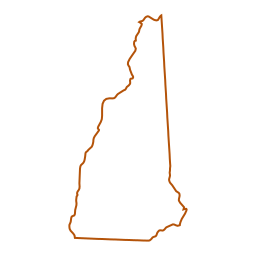 outline of New Hampshire
{"feature_id": "USA-3538", "entity_name": "New Hampshire", "entity_type": "State", "adm_level": 1, "iso_a3": "USA", "parent_name": "United States of America", "parent_adm1": "", "projection": "orthographic", "projection_center": [-71.585, 44.003], "detail": "fine", "context": "isolated", "style": "outline", "palette": "amber", "viewbox_px": 256, "rotation_deg": 0, "n_neighbors": 0, "source": "natural_earth", "source_scale": "10m", "svg_char_len": 3085}
<svg xmlns="http://www.w3.org/2000/svg" viewBox="0 0 256 256"><path d="M135.8,40.6L135.7,38.6L135.9,37.2L136.3,36.0L138.8,32.2L139.1,31.2L139.4,29.6L139.7,28.7L141.4,25.7L141.8,24.0L140.8,23.0L139.2,22.1L139.9,21.6L142.5,20.9L143.4,20.1L145.1,17.7L146.2,16.8L147.6,16.3L148.7,16.5L153.8,19.7L155.3,20.2L156.8,20.4L158.0,19.9L159.8,16.9L160.8,15.7L161.3,15.4L161.6,20.0L161.9,24.6L162.2,29.2L162.5,33.8L162.7,38.5L163.0,43.1L163.3,47.7L163.5,52.3L163.8,57.0L164.1,61.6L164.3,66.2L164.6,70.9L164.9,75.5L165.2,80.1L165.4,84.7L165.7,89.4L166.0,94.0L166.2,98.6L166.5,103.2L166.8,107.9L167.1,112.5L167.3,117.1L167.6,121.8L167.9,126.4L168.2,131.0L168.4,135.6L168.7,140.3L169.0,144.9L169.3,149.5L169.6,154.2L169.8,158.8L170.1,163.4L170.3,166.0L170.0,168.7L170.0,170.0L169.9,171.2L169.8,171.7L169.7,172.2L169.7,173.0L169.9,174.2L170.0,175.7L169.8,176.6L169.2,178.8L169.1,179.3L169.1,179.9L169.2,180.5L169.5,181.5L169.8,182.2L170.2,182.9L172.2,185.2L174.2,188.2L176.2,191.2L178.7,192.8L179.0,193.2L179.4,193.8L179.6,195.1L179.6,195.8L179.5,196.5L178.9,199.1L178.9,200.1L178.9,200.6L180.1,202.7L182.3,205.2L184.1,207.3L183.5,209.4L184.8,209.0L186.3,208.9L186.6,209.4L186.4,210.6L185.9,211.7L185.7,212.1L185.1,213.5L181.8,218.9L180.5,222.0L180.0,223.8L179.8,225.2L177.6,225.8L176.2,225.4L174.1,224.5L173.3,224.4L172.8,224.4L166.6,227.2L165.9,227.7L165.6,228.1L164.7,229.2L164.2,229.7L163.4,230.3L162.8,230.5L162.1,230.5L161.4,230.4L160.3,230.3L159.6,230.4L159.1,230.6L158.8,230.9L158.5,231.2L157.9,231.9L157.6,232.3L157.1,233.2L156.6,234.8L156.3,235.4L155.7,236.2L154.9,236.5L153.7,236.9L153.0,237.2L152.5,237.5L151.7,238.6L150.7,239.6L149.8,240.3L149.3,240.5L148.7,240.6L147.2,240.6L142.7,240.5L138.2,240.3L133.7,240.2L129.2,240.0L124.6,239.9L120.1,239.7L115.6,239.5L111.1,239.4L106.6,239.2L102.1,239.0L97.6,238.9L93.1,238.7L88.6,238.5L84.1,238.3L79.5,238.1L75.0,237.9L74.9,237.9L74.5,235.4L73.3,233.6L70.6,230.7L70.1,229.7L69.7,228.9L69.5,227.9L69.4,226.6L69.4,225.0L69.8,224.0L70.2,223.1L70.7,221.8L71.2,218.1L71.7,216.6L72.8,216.0L74.3,215.4L74.9,214.0L75.2,210.0L76.4,205.2L76.5,203.2L76.2,201.0L76.2,199.9L76.6,196.4L77.0,195.9L77.3,195.5L77.5,194.9L77.4,194.4L77.3,194.2L77.1,194.0L77.1,193.8L77.2,192.6L77.5,191.8L78.0,191.0L78.6,190.2L79.4,188.6L79.6,186.6L79.4,183.3L80.0,168.6L80.4,166.3L81.0,165.1L83.2,163.0L84.1,161.5L84.6,159.8L85.2,156.2L85.5,153.2L85.9,152.3L87.6,150.9L88.4,149.8L91.7,146.8L92.4,145.4L92.9,143.7L93.3,141.8L93.4,139.9L93.8,138.1L94.7,136.3L98.9,130.5L99.0,129.9L98.6,129.4L98.1,128.8L97.8,128.1L98.2,126.7L100.8,121.9L101.8,119.2L102.1,115.8L102.1,108.2L102.6,103.8L104.0,100.7L106.3,98.9L109.5,98.3L112.5,98.4L114.0,98.2L115.2,97.4L117.2,94.7L118.2,93.8L123.6,90.4L125.2,89.7L125.8,88.9L126.8,87.0L128.9,85.3L130.1,83.7L130.2,82.2L130.0,80.7L130.4,79.0L131.0,78.6L131.8,78.6L132.6,78.4L133.1,77.5L133.1,76.7L132.7,75.8L131.9,74.6L130.0,69.6L129.8,68.4L129.4,66.8L128.5,65.6L127.9,64.2L128.1,62.1L129.7,58.9L132.5,54.8L135.3,50.8L135.8,48.7L135.3,47.4L134.5,46.0L134.0,44.0L134.2,41.8L134.8,40.9L135.8,40.6Z" fill="none" stroke="#b45309" stroke-width="2"/></svg>